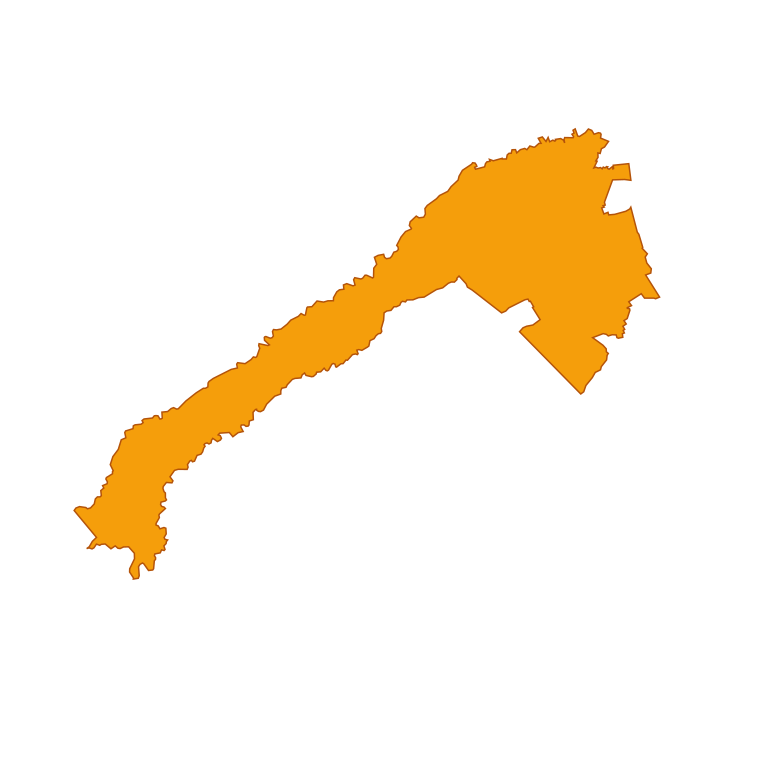 outline of Cuitláhuac, Veracruz, Mexico, rotated 137°
{"feature_id": "50627088B21126743543200", "entity_name": "Cuitláhuac", "entity_type": "district", "adm_level": 2, "iso_a3": "MEX", "parent_name": "Mexico", "parent_adm1": "Veracruz", "projection": "mercator", "projection_center": [-96.646, 18.79], "detail": "fine", "context": "isolated", "style": "filled", "palette": "amber", "viewbox_px": 768, "rotation_deg": 137, "n_neighbors": 0, "source": "geoboundaries", "source_scale": "gbopen_adm2", "svg_char_len": 6108}
<svg xmlns="http://www.w3.org/2000/svg" viewBox="0 0 768 768"><g transform="rotate(137 384 384)"><path d="M123.2,259.6L118.3,285.3L113.2,283.2L109.9,286.0L109.3,293.2L106.4,298.7L102.6,299.6L102.6,307.2L101.6,307.4L95.5,319.7L95.2,322.3L82.9,345.0L84.9,344.4L89.3,345.4L99.5,350.7L104.3,354.4L103.1,356.8L107.2,358.4L104.7,364.3L102.3,363.2L102.2,365.0L100.2,364.0L98.8,366.6L77.6,377.4L68.6,369.5L64.5,364.6L54.7,378.2L67.1,387.6L69.2,385.0L69.9,385.2L68.5,387.2L72.9,387.6L73.5,389.2L73.2,390.2L72.3,390.2L72.9,391.2L75.0,391.3L75.7,393.1L77.7,392.6L78.0,394.6L80.1,395.9L81.1,398.0L83.1,398.9L76.2,401.6L77.0,402.7L72.9,403.8L70.0,407.1L68.7,405.2L64.5,407.8L61.1,406.9L54.3,408.3L57.9,416.2L55.0,418.5L54.6,419.8L55.7,421.5L60.0,423.4L59.1,427.8L60.6,431.1L65.3,430.5L72.2,431.7L73.2,433.2L70.2,440.2L72.7,440.7L73.9,437.9L76.2,438.5L76.7,435.5L77.7,435.1L83.8,441.0L85.5,440.1L87.5,437.1L86.4,439.9L87.4,443.0L91.8,446.0L92.1,445.2L93.4,445.1L94.2,447.2L97.6,448.2L95.8,452.4L100.1,450.9L99.7,456.7L103.6,458.5L105.0,452.9L106.6,454.3L111.8,454.4L112.8,454.8L115.0,458.6L119.7,457.9L120.4,460.3L124.5,462.4L129.3,462.5L128.0,465.7L130.6,468.0L133.6,466.0L135.3,467.5L137.7,467.5L141.0,465.1L144.1,468.0L143.7,468.5L151.8,472.7L153.7,476.4L154.6,474.6L157.2,476.3L159.4,476.0L162.3,474.2L170.6,478.7L169.9,480.7L167.7,479.8L167.1,481.0L166.7,483.5L168.3,485.4L170.1,485.0L180.9,486.8L187.4,484.8L190.7,482.6L200.3,482.6L206.0,481.4L214.9,484.0L219.4,483.7L230.6,485.1L234.4,484.4L237.9,480.0L241.2,478.9L245.1,481.7L245.9,484.8L254.2,484.8L257.4,482.6L257.8,479.1L258.5,478.8L264.3,480.8L271.2,479.9L280.2,476.7L280.3,474.6L281.7,472.6L284.2,472.4L286.9,473.7L291.3,472.1L293.7,472.0L296.8,474.0L297.2,476.3L295.8,479.1L300.6,482.1L304.6,483.2L307.7,476.5L312.5,475.7L318.9,469.2L320.0,469.3L322.5,475.4L323.7,476.5L327.6,475.9L329.3,476.6L332.9,481.7L335.1,481.0L337.7,476.1L339.7,476.9L342.8,482.8L346.1,484.1L348.7,480.7L352.4,483.3L355.7,483.6L362.0,481.6L364.2,479.4L368.3,483.1L372.3,485.1L376.4,490.4L384.0,489.7L387.5,492.5L388.5,492.3L394.4,488.1L395.5,488.7L396.6,492.1L400.5,491.9L408.6,494.3L414.1,493.8L421.8,494.4L425.7,496.9L427.7,499.2L429.8,498.4L432.2,494.5L434.3,494.2L436.0,495.1L438.0,499.3L439.0,499.8L439.8,499.7L441.6,497.4L441.1,490.8L442.7,491.3L447.9,498.7L449.5,497.5L450.5,494.9L458.3,490.8L459.7,490.9L461.1,492.9L464.6,492.5L471.7,493.6L476.5,499.4L478.2,499.0L480.3,495.7L485.8,498.9L505.0,504.5L510.2,505.2L512.0,504.7L514.8,502.0L517.4,502.6L519.1,504.1L527.3,505.6L540.4,506.7L551.4,506.2L552.8,507.1L554.0,510.2L556.4,511.2L561.0,511.4L565.6,514.9L569.5,510.2L570.5,510.4L571.8,511.2L571.0,514.9L572.3,516.4L573.7,517.4L576.5,517.0L583.4,522.1L585.9,522.3L586.5,520.0L589.0,520.2L593.9,523.9L595.8,524.4L598.0,522.5L605.0,525.9L606.7,525.3L609.5,520.7L614.2,522.4L622.9,517.4L631.8,515.8L639.2,511.7L641.2,505.2L642.2,505.2L643.8,503.5L650.8,504.9L652.2,504.2L653.0,501.1L654.5,499.9L659.1,501.6L659.9,499.0L663.8,499.2L666.9,495.1L668.6,495.1L670.6,496.9L673.5,496.8L677.7,493.9L683.1,493.5L686.0,495.0L686.3,497.0L690.3,502.0L693.9,503.4L696.9,502.8L698.9,467.9L704.6,467.8L710.5,466.0L713.7,466.4L711.5,465.3L710.0,462.5L707.9,462.0L703.5,463.0L701.9,459.9L700.0,459.5L697.0,457.1L696.1,449.7L691.0,448.9L690.6,445.3L689.2,443.6L685.7,442.5L681.8,439.1L682.0,430.5L685.7,426.3L696.0,422.3L698.3,420.0L699.5,413.0L700.4,412.3L696.2,409.5L693.8,410.7L688.1,417.8L685.5,418.5L682.7,417.8L682.3,416.3L683.4,408.2L680.0,405.7L678.5,406.0L672.6,411.3L670.6,411.6L669.4,412.9L669.1,414.9L667.5,416.0L662.8,413.1L659.8,414.4L658.4,412.2L657.0,412.3L655.4,415.7L652.2,415.9L650.6,417.2L648.6,417.5L650.1,419.8L649.5,421.7L645.5,422.9L641.9,427.3L642.8,429.1L646.6,430.9L645.9,434.2L646.9,436.4L645.7,437.5L639.4,439.5L638.0,441.7L636.6,442.1L628.8,442.0L628.8,444.0L630.1,446.2L629.6,448.2L627.7,449.7L623.7,447.6L622.1,447.6L621.5,449.8L618.2,453.4L618.3,455.3L616.8,458.5L615.3,459.6L610.3,460.4L606.5,456.3L604.4,457.1L603.8,462.1L596.1,463.7L592.7,462.0L586.2,455.8L584.0,456.8L582.7,459.1L578.6,460.1L577.0,459.6L577.1,457.7L575.2,456.8L569.4,459.3L565.7,457.5L562.9,458.1L559.5,460.1L557.3,460.5L557.1,462.3L555.6,462.5L553.6,461.6L552.9,459.5L550.6,458.9L548.5,460.5L546.3,461.0L545.1,455.5L541.8,454.6L539.9,455.1L539.0,457.9L540.0,459.9L537.7,460.1L530.2,454.0L530.5,448.5L523.9,447.9L519.4,445.3L518.0,450.4L516.3,451.3L514.2,449.4L513.8,447.1L512.1,445.9L510.7,446.1L507.7,448.8L503.9,447.0L499.1,452.6L495.4,453.0L494.4,452.4L495.0,451.5L494.5,449.6L493.2,448.0L489.9,447.1L483.6,449.3L472.2,449.6L466.3,447.1L464.0,449.5L461.6,450.6L457.9,448.4L455.3,449.4L447.9,449.9L445.3,448.8L440.6,445.1L437.5,446.5L434.6,446.2L435.2,443.5L432.0,438.7L430.5,437.7L426.7,437.6L425.3,438.6L422.0,436.1L417.0,436.4L417.2,433.6L416.5,432.3L415.1,432.0L408.8,434.0L407.2,433.7L406.3,431.9L407.6,429.5L407.2,428.7L401.8,428.2L400.0,426.8L395.5,427.5L394.5,426.3L387.0,427.0L384.3,425.4L383.5,423.7L382.3,423.8L380.8,427.3L379.0,426.4L377.2,423.7L371.1,422.3L369.2,422.1L364.7,425.3L360.4,423.9L356.8,424.8L353.8,424.6L352.0,423.4L349.9,423.9L348.1,426.5L340.8,430.9L335.4,436.0L332.2,435.5L328.7,433.1L324.0,433.7L322.2,432.0L318.7,430.9L316.0,432.1L314.1,431.9L312.3,429.4L309.9,429.8L305.4,425.8L299.8,423.6L295.4,420.2L281.2,417.3L275.5,414.3L268.2,413.8L265.1,412.6L263.0,410.5L259.4,410.6L258.7,411.6L255.5,411.8L255.6,401.3L256.9,398.0L255.4,392.4L249.5,355.8L245.2,354.3L240.9,354.6L223.5,349.5L220.8,347.9L221.5,345.3L220.5,344.7L221.9,338.4L223.2,338.7L225.9,324.6L234.9,325.6L240.3,329.0L244.0,330.3L249.2,329.8L246.9,242.5L243.2,242.1L237.4,245.2L227.3,246.6L221.6,248.4L216.0,246.7L213.2,248.5L204.8,249.8L201.3,252.8L199.1,253.4L199.4,255.9L197.5,258.2L197.4,262.9L199.8,275.6L189.4,271.4L187.5,268.7L187.2,266.2L183.5,264.4L180.7,261.5L182.0,259.1L181.4,257.7L177.5,255.3L175.4,258.2L173.4,257.4L172.5,260.1L170.7,259.8L169.9,263.3L165.9,262.7L165.3,266.7L161.5,266.0L153.9,270.2L153.1,271.5L154.4,273.4L154.0,273.9L149.5,272.5L148.9,277.2L134.3,274.6L134.9,269.1L128.1,262.8L127.2,261.1L123.2,259.6Z" fill="#f59e0b" stroke="#b45309" stroke-width="1.5"/></g></svg>